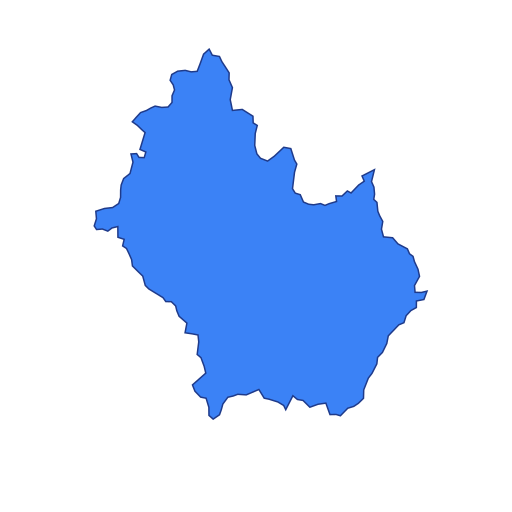 Boqueirão do Leão, Rio Grande do Sul, Brazil (Equal Earth projection), rotated 206°
{"feature_id": "56859067B66927838665676", "entity_name": "Boqueirão do Leão", "entity_type": "district", "adm_level": 2, "iso_a3": "BRA", "parent_name": "Brazil", "parent_adm1": "Rio Grande do Sul", "projection": "equal_earth", "projection_center": [-52.406, -29.305], "detail": "fine", "context": "isolated", "style": "filled", "palette": "blue", "viewbox_px": 512, "rotation_deg": 206, "n_neighbors": 0, "source": "geoboundaries", "source_scale": "gbopen_adm2", "svg_char_len": 2399}
<svg xmlns="http://www.w3.org/2000/svg" viewBox="0 0 512 512"><g transform="rotate(206 256 256)"><path d="M135.2,150.0L128.7,154.4L120.0,145.9L114.5,148.7L110.1,149.4L106.8,159.4L102.2,163.7L99.4,168.5L97.0,175.2L100.5,182.9L101.5,195.5L100.3,201.4L100.1,212.0L102.3,218.2L100.1,224.7L100.1,234.7L102.1,242.2L97.5,256.7L93.8,260.9L94.9,268.2L92.9,274.8L89.3,280.0L92.1,285.9L86.0,290.5L86.9,299.4L91.4,295.7L97.1,293.1L100.6,298.9L100.1,309.4L104.6,315.1L111.1,320.4L114.7,324.5L119.0,325.3L123.1,328.8L133.7,329.1L141.2,332.3L149.8,329.1L155.0,335.1L157.2,342.6L162.5,346.4L166.1,349.6L170.8,357.2L175.0,358.5L176.5,363.5L180.2,369.6L184.8,373.5L187.4,385.5L195.8,374.4L191.5,370.7L194.8,364.9L198.2,354.3L202.4,354.5L205.0,347.6L210.6,345.0L207.5,340.3L213.2,335.1L216.2,331.7L221.0,331.4L226.6,327.3L231.4,325.6L237.0,325.3L243.1,330.5L248.3,329.7L252.7,332.5L258.1,348.2L259.6,356.5L263.5,359.1L271.8,367.8L278.7,365.9L283.3,353.7L287.2,346.4L294.8,345.8L300.0,348.2L305.6,354.8L310.4,365.8L312.1,373.9L316.9,374.4L320.0,380.3L332.6,381.7L341.0,376.5L344.5,381.1L347.7,385.2L351.0,397.0L357.5,402.5L360.4,408.8L364.3,411.2L372.0,415.8L376.3,419.3L383.3,417.3L388.8,421.4L391.6,414.5L390.5,404.3L389.8,396.2L395.0,393.1L401.0,391.8L407.4,387.8L411.3,382.2L410.2,376.3L405.4,373.5L402.0,369.5L401.7,363.2L398.8,357.2L400.4,351.3L405.9,348.2L412.4,346.5L415.4,342.9L418.2,338.8L422.6,334.3L424.5,327.9L426.0,322.4L419.9,321.4L414.1,319.5L409.8,318.3L407.0,300.9L400.6,301.2L399.6,295.4L404.4,293.3L408.2,295.7L413.1,292.9L407.7,286.4L405.4,274.9L408.9,267.6L408.3,260.7L406.6,256.0L403.4,249.3L402.4,243.0L406.1,236.7L413.0,232.3L419.6,226.0L415.7,219.5L414.6,212.1L410.9,209.9L405.9,212.9L400.1,213.4L397.7,218.1L393.1,221.9L388.3,212.3L381.8,213.2L380.3,206.6L375.7,206.0L370.9,202.2L366.2,198.2L362.7,192.9L354.5,190.1L349.0,188.3L342.6,181.0L337.9,179.4L321.3,177.8L317.1,175.5L312.1,177.8L306.3,175.9L303.2,172.1L298.7,168.1L288.7,165.4L286.1,155.9L279.1,158.1L273.5,159.6L269.8,153.7L265.7,141.7L260.9,140.5L254.2,134.1L249.8,128.7L256.6,112.3L251.6,107.7L243.9,104.9L238.5,106.3L232.0,99.3L228.4,92.1L223.0,90.6L219.2,97.3L219.8,102.6L220.9,108.4L219.4,116.7L215.1,120.2L211.8,123.7L203.9,126.9L194.9,137.3L186.3,131.8L181.6,133.0L172.3,134.4L165.6,133.8L161.9,130.9L161.6,146.6L155.9,145.2L150.4,146.8L141.3,143.7L135.2,150.0Z" fill="#3b82f6" stroke="#1e3a8a" stroke-width="1.5"/></g></svg>